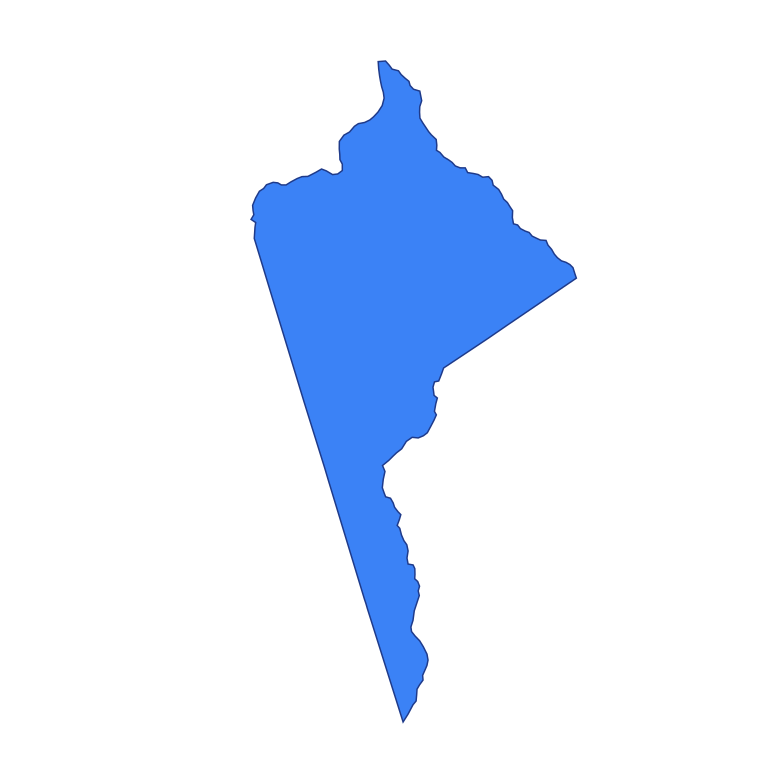 the district of Pedro Canário, Espírito Santo, Brazil, rotated 216°
{"feature_id": "56859067B6287915122332", "entity_name": "Pedro Canário", "entity_type": "district", "adm_level": 2, "iso_a3": "BRA", "parent_name": "Brazil", "parent_adm1": "Espírito Santo", "projection": "natural_earth1", "projection_center": [-40.048, -18.149], "detail": "fine", "context": "isolated", "style": "filled", "palette": "blue", "viewbox_px": 768, "rotation_deg": 216, "n_neighbors": 0, "source": "geoboundaries", "source_scale": "gbopen_adm2", "svg_char_len": 2439}
<svg xmlns="http://www.w3.org/2000/svg" viewBox="0 0 768 768"><g transform="rotate(216 384 384)"><path d="M169.9,121.8L170.5,131.0L172.0,141.6L171.7,146.4L174.8,151.6L177.9,156.5L178.4,161.5L178.4,167.4L181.5,171.0L182.6,176.1L183.8,181.5L186.1,186.5L190.4,190.7L197.7,194.5L204.2,197.2L210.9,198.4L216.2,199.9L219.4,203.2L221.6,209.8L226.2,218.3L228.0,223.9L231.1,233.6L234.7,236.7L236.4,241.3L240.6,244.0L244.7,244.5L247.0,248.1L250.5,252.7L254.1,254.7L258.7,252.5L263.1,256.7L266.4,263.1L271.0,267.3L275.9,269.0L281.1,272.1L286.4,276.5L290.2,277.3L291.9,283.4L293.6,288.2L297.7,288.9L303.0,290.5L306.7,293.2L311.6,295.4L316.4,293.7L319.8,295.9L324.4,299.1L328.6,306.5L331.8,313.8L337.3,317.2L335.2,325.2L334.3,330.9L333.4,335.8L331.6,342.0L332.2,350.7L329.9,357.4L324.6,360.5L321.7,365.3L320.3,370.0L321.3,377.4L322.3,384.2L323.5,389.8L327.1,391.5L330.5,398.5L332.6,404.0L336.8,404.2L339.6,407.2L342.5,410.2L344.4,415.4L341.5,418.6L343.4,426.0L345.2,432.0L327.4,480.0L319.0,503.7L290.6,582.7L294.4,585.4L299.5,589.2L303.9,589.9L308.3,589.4L312.9,587.9L318.0,588.1L322.6,589.2L327.4,591.4L332.9,592.7L337.3,595.4L342.1,592.4L346.1,591.6L351.1,590.7L355.6,591.9L359.7,590.7L365.0,589.9L369.4,591.2L373.4,589.7L378.0,594.1L381.8,599.8L386.4,601.5L390.8,603.3L395.8,603.9L400.5,606.6L405.6,608.8L412.5,609.0L416.3,612.3L421.3,613.2L425.7,609.3L431.0,608.8L435.1,607.0L440.6,604.2L445.3,606.6L449.5,603.6L454.5,602.3L459.1,603.3L463.1,603.3L469.0,602.8L474.9,604.2L478.9,603.9L481.6,608.2L485.5,612.5L492.3,613.4L496.3,614.4L501.1,616.2L506.0,618.0L511.2,620.2L515.0,624.8L518.1,629.4L520.0,635.3L527.2,642.0L533.4,639.8L538.3,640.8L541.7,643.5L546.7,643.8L552.0,644.4L556.4,645.9L562.5,643.5L567.2,645.0L572.6,646.2L578.2,641.4L573.5,635.8L568.6,630.6L564.8,626.9L560.6,623.1L556.0,619.6L551.9,615.3L549.1,608.2L548.7,600.4L549.5,593.9L550.7,589.2L553.4,584.2L557.8,579.5L559.4,575.1L560.0,567.6L562.7,561.8L562.7,554.0L558.3,547.8L554.6,543.6L551.5,539.6L547.0,537.4L543.2,532.2L544.9,526.7L548.7,523.2L556.0,522.5L560.9,521.2L563.6,515.1L567.6,507.2L572.2,503.6L575.0,499.2L578.1,492.8L580.2,487.5L584.1,484.7L588.1,484.3L592.2,482.0L596.2,476.1L596.3,471.4L598.1,466.7L597.2,459.0L595.3,451.3L591.9,447.4L588.8,444.4L588.3,439.0L582.7,439.2L580.5,435.0L574.5,425.5L569.7,421.9L536.4,396.7L438.1,322.5L382.6,281.2L372.3,273.3L273.3,198.4L269.5,195.7L265.4,192.5L169.9,121.8Z" fill="#3b82f6" stroke="#1e3a8a" stroke-width="1.5"/></g></svg>